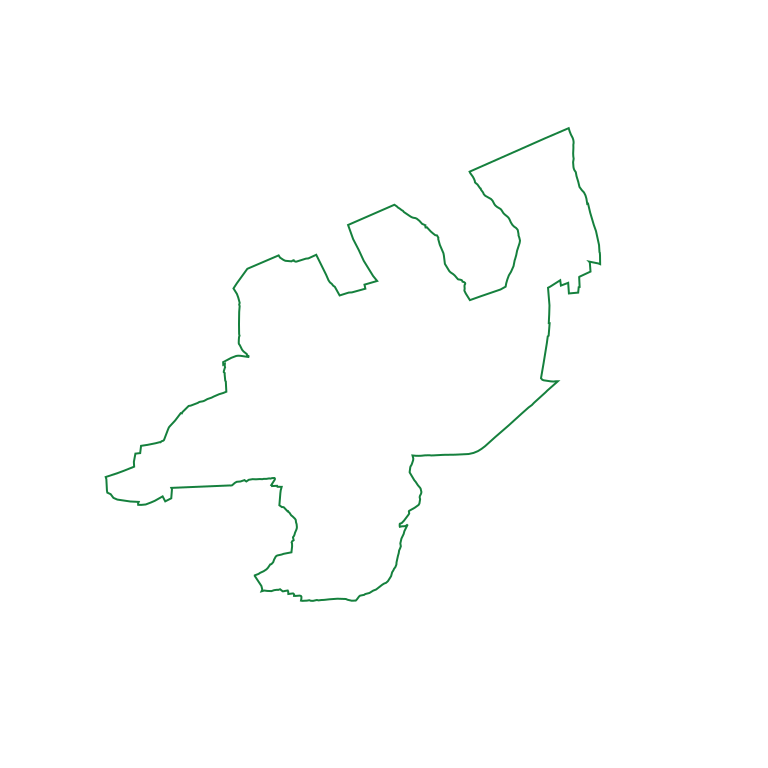 Tepeyanco, Tlaxcala, Mexico (Equal Earth projection), rotated 238°
{"feature_id": "50627088B29939751785966", "entity_name": "Tepeyanco", "entity_type": "district", "adm_level": 2, "iso_a3": "MEX", "parent_name": "Mexico", "parent_adm1": "Tlaxcala", "projection": "equal_earth", "projection_center": [-98.229, 19.247], "detail": "fine", "context": "isolated", "style": "outline", "palette": "green", "viewbox_px": 768, "rotation_deg": 238, "n_neighbors": 0, "source": "geoboundaries", "source_scale": "gbopen_adm2", "svg_char_len": 6159}
<svg xmlns="http://www.w3.org/2000/svg" viewBox="0 0 768 768"><g transform="rotate(238 384 384)"><path d="M506.9,651.6L518.7,569.1L517.0,568.9L512.6,569.2L510.1,569.0L508.0,568.6L507.0,568.1L506.3,568.1L503.6,569.0L499.3,569.2L498.5,569.6L497.7,569.2L493.9,569.5L492.1,569.2L490.0,569.6L484.1,572.8L481.9,573.2L478.1,572.9L476.5,573.0L474.3,573.7L470.6,575.6L469.1,575.8L465.7,575.8L463.9,576.2L460.4,577.4L459.0,577.7L457.3,577.7L453.8,577.2L450.9,577.2L448.6,577.7L446.3,578.7L444.5,579.0L443.6,579.0L442.6,578.6L439.8,577.5L438.7,576.8L436.4,576.3L433.5,575.3L431.7,573.7L426.5,567.5L423.2,564.4L420.3,561.2L419.7,560.4L415.3,556.3L411.8,551.1L410.0,547.5L407.3,544.0L404.7,541.1L402.1,538.7L402.4,532.9L407.1,512.7L409.6,501.3L417.4,501.3L420.3,501.6L421.0,501.9L421.9,502.8L424.5,504.2L425.3,504.9L425.7,505.7L426.1,506.1L426.7,506.3L427.8,506.0L429.2,504.8L430.1,505.0L430.9,504.9L432.2,503.8L433.1,502.7L433.7,502.2L438.5,501.5L440.5,500.9L443.4,499.6L445.2,499.2L453.6,499.3L461.1,502.8L463.4,503.7L472.5,505.1L478.2,506.8L479.2,507.6L481.9,507.7L483.1,506.3L485.9,505.3L488.5,504.5L494.2,503.4L494.3,502.8L494.7,502.2L496.4,502.8L496.7,503.2L499.6,501.2L503.6,500.5L506.8,499.4L508.0,498.6L509.6,496.8L510.9,495.8L512.5,495.0L519.3,492.0L520.9,491.8L522.1,491.1L524.1,490.4L526.4,489.3L527.8,489.0L530.5,487.8L537.9,437.8L523.2,434.6L511.0,433.6L499.2,432.1L481.4,432.0L475.0,432.8L478.6,420.1L474.7,418.7L478.7,405.3L480.2,402.6L482.6,393.3L492.5,393.8L494.3,393.0L496.5,392.8L498.8,392.0L501.3,391.9L507.3,392.8L529.5,395.0L530.6,386.4L531.7,384.2L534.2,374.6L534.5,374.0L535.9,372.9L536.8,373.0L537.1,371.8L537.0,370.6L540.8,365.6L542.5,364.5L546.3,362.8L548.9,362.8L554.1,329.2L553.9,328.6L547.4,312.6L544.8,307.0L538.3,307.0L534.5,306.2L529.3,304.6L528.0,303.2L526.6,302.9L521.9,299.4L512.0,293.0L503.3,287.7L502.1,287.2L501.5,287.1L500.7,286.0L498.4,284.3L495.7,282.5L494.8,282.2L493.3,282.3L488.3,281.8L486.1,282.1L482.1,283.5L481.1,283.2L480.6,283.2L480.1,283.4L479.7,283.9L479.4,283.9L478.8,283.3L483.9,277.3L485.3,275.3L486.1,273.5L487.1,268.4L487.8,259.2L485.5,257.9L485.4,259.7L483.6,258.4L482.4,258.1L482.0,257.5L479.7,254.9L478.9,254.4L477.7,254.7L476.5,253.9L470.9,251.1L470.0,251.2L461.0,246.2L461.6,242.8L462.7,238.8L463.6,232.9L463.8,230.5L464.8,226.3L465.0,222.7L465.3,221.3L466.5,218.3L466.7,216.9L466.6,216.2L468.1,208.6L468.9,206.7L467.0,198.2L466.2,197.0L467.0,196.2L463.7,187.5L461.7,180.1L461.2,178.6L459.8,176.6L453.5,168.3L453.0,167.5L452.9,166.8L453.3,165.1L453.2,164.2L453.0,163.6L453.5,163.0L454.8,158.9L457.7,151.2L460.3,145.2L454.6,140.6L456.7,136.3L450.5,130.6L446.3,128.3L448.4,116.7L449.6,110.9L452.6,98.7L450.4,98.1L440.5,92.6L438.5,91.8L435.4,93.8L430.8,94.2L427.3,96.6L418.8,106.6L414.0,113.5L413.1,112.2L411.8,111.5L410.1,114.1L408.1,118.1L407.0,123.7L406.4,127.7L406.0,136.7L400.4,136.3L399.8,143.0L407.1,148.4L408.6,148.6L379.6,199.6L379.1,200.2L378.6,201.5L379.2,205.2L379.1,207.3L377.4,210.6L376.4,214.8L375.3,215.1L374.3,215.6L374.4,218.6L372.9,222.2L371.1,224.8L369.2,228.3L367.8,230.3L367.3,231.7L365.9,233.9L364.8,236.6L364.0,237.5L363.5,239.2L362.4,241.2L361.8,241.4L361.3,241.2L360.8,240.7L358.0,234.8L356.8,235.6L356.6,235.3L354.3,239.4L353.3,239.2L351.0,242.7L348.6,240.1L346.4,238.3L336.6,231.0L333.7,232.2L333.2,233.1L332.5,233.7L327.5,234.7L327.2,235.2L326.4,235.0L325.2,235.6L321.8,235.7L320.2,236.3L316.9,237.1L315.5,237.1L313.3,236.1L311.4,235.6L309.0,234.4L308.1,233.8L307.0,232.6L305.0,229.7L303.7,228.3L302.9,227.2L302.4,225.9L302.1,225.5L299.4,224.6L299.3,223.9L299.4,223.0L298.6,221.7L297.5,221.5L295.1,220.1L290.3,216.3L293.2,208.8L293.6,206.9L295.1,202.7L295.2,201.8L295.0,200.7L293.3,197.7L291.6,195.6L290.9,193.0L291.3,192.0L289.6,188.1L289.1,186.1L289.0,182.7L289.5,178.9L289.4,177.0L290.2,173.0L289.8,172.7L277.7,173.0L274.3,171.9L273.9,171.5L273.1,170.3L272.3,173.0L270.5,175.2L268.0,178.8L267.4,181.5L266.1,184.4L265.5,185.0L265.0,187.1L261.9,188.2L261.4,189.1L261.0,190.3L259.9,192.9L258.9,192.8L256.6,191.6L254.6,195.9L253.2,196.3L252.0,195.4L251.3,196.4L249.2,200.4L248.3,201.2L247.3,201.2L245.8,200.2L244.3,198.8L243.4,199.8L241.1,203.9L240.2,206.1L239.0,207.0L237.7,208.9L236.4,212.6L235.2,213.8L234.0,216.4L232.6,218.9L230.4,223.5L226.6,230.7L221.9,237.7L220.3,238.8L217.3,241.8L215.3,245.3L215.7,246.9L217.0,250.2L217.2,251.5L215.7,255.5L215.8,256.8L214.5,260.9L214.5,265.3L213.9,268.4L214.7,276.2L214.7,278.3L214.3,280.4L214.7,282.8L217.3,288.2L220.0,291.1L221.0,293.2L221.9,294.5L222.7,296.6L224.3,298.8L226.1,300.1L230.8,304.7L232.7,306.8L234.8,308.6L236.2,310.7L237.5,312.3L240.2,313.4L243.7,316.9L246.4,321.2L248.4,323.3L252.3,329.6L252.1,327.2L252.6,325.9L253.8,323.8L254.5,321.8L255.2,322.0L256.9,323.1L257.1,323.5L256.7,325.3L257.5,328.5L260.3,335.8L260.9,336.8L262.8,337.6L263.1,338.1L262.8,344.4L263.1,349.2L263.9,350.7L267.2,353.6L268.8,354.1L269.5,354.6L270.0,355.1L271.4,357.4L272.6,358.5L275.9,359.6L276.9,359.6L280.2,359.1L284.3,359.0L286.3,358.7L295.4,358.9L296.0,359.3L299.5,362.2L300.1,362.9L300.5,363.9L301.5,365.4L304.0,368.4L305.4,369.4L308.3,370.3L306.3,372.9L304.6,375.5L303.4,377.6L301.8,380.9L299.5,384.8L298.3,386.3L297.1,388.4L292.4,396.9L286.4,406.8L279.8,418.6L278.1,423.4L277.3,428.1L277.3,432.3L277.7,436.8L280.1,450.4L282.8,467.7L285.8,484.2L287.5,494.2L287.8,498.3L288.6,501.4L291.3,516.5L291.9,519.1L294.2,532.9L295.2,531.3L296.3,529.0L297.8,526.9L302.5,521.4L303.7,520.5L305.7,520.2L317.0,530.3L332.4,543.8L337.6,548.1L337.7,549.2L347.8,556.7L348.3,556.0L355.5,561.0L363.0,566.0L378.7,574.1L378.5,576.6L378.6,588.4L373.7,586.2L372.2,593.8L362.8,588.8L358.6,597.1L362.9,600.4L362.6,601.3L371.3,606.2L371.4,606.5L369.9,618.7L378.1,623.0L379.1,622.8L372.7,629.6L371.1,630.8L378.7,635.4L381.0,636.6L381.6,636.6L387.9,640.0L401.3,644.8L407.6,646.2L419.9,649.6L428.8,652.6L429.0,651.8L434.0,653.9L437.2,654.8L440.5,655.1L443.5,654.5L447.5,654.2L452.6,655.9L458.2,657.4L462.0,658.9L464.5,658.8L466.1,659.1L467.5,659.6L471.9,661.9L474.5,664.2L476.8,665.2L479.3,666.6L483.8,669.7L486.5,671.3L487.9,672.5L489.1,673.2L490.7,673.9L492.7,674.4L496.5,674.7L499.8,675.3L503.1,676.2L506.9,651.6Z" fill="none" stroke="#15803d" stroke-width="2"/></g></svg>